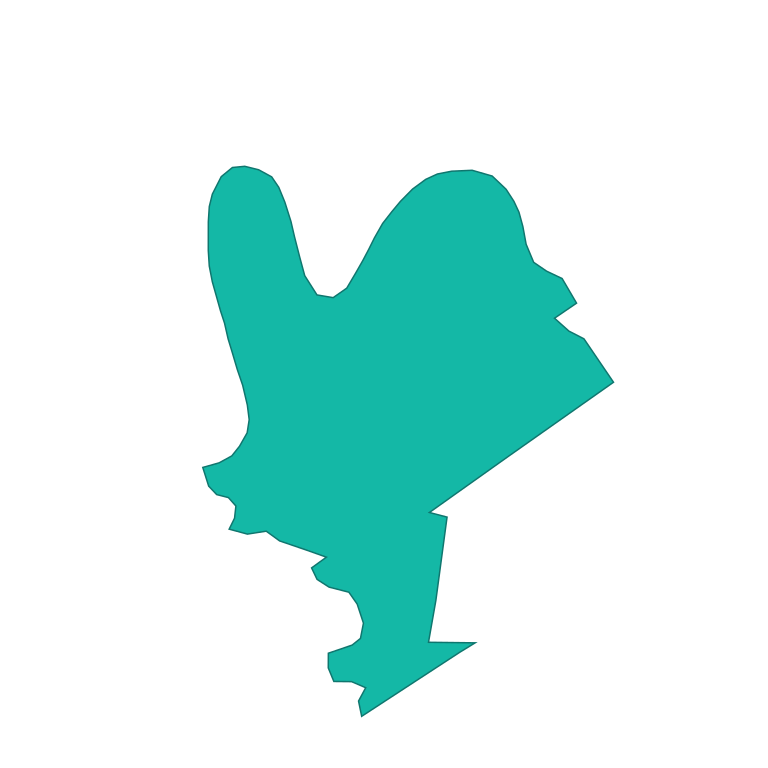 Mariano Moro, Rio Grande do Sul, Brazil, rotated 325°
{"feature_id": "56859067B96204382802981", "entity_name": "Mariano Moro", "entity_type": "district", "adm_level": 2, "iso_a3": "BRA", "parent_name": "Brazil", "parent_adm1": "Rio Grande do Sul", "projection": "orthographic", "projection_center": [-52.177, -27.34], "detail": "fine", "context": "isolated", "style": "filled", "palette": "teal", "viewbox_px": 768, "rotation_deg": 325, "n_neighbors": 0, "source": "geoboundaries", "source_scale": "gbopen_adm2", "svg_char_len": 1299}
<svg xmlns="http://www.w3.org/2000/svg" viewBox="0 0 768 768"><g transform="rotate(325 384 384)"><path d="M187.7,348.4L181.8,367.1L183.5,378.6L191.4,387.8L192.7,399.0L184.6,408.2L173.9,414.1L186.0,428.6L203.1,437.0L208.5,452.7L224.8,475.0L237.5,492.8L219.2,493.1L217.1,505.7L222.5,518.9L235.8,534.4L235.8,548.9L230.0,568.1L218.8,578.9L208.2,579.6L184.0,572.6L175.5,584.6L172.3,598.9L186.7,609.2L194.8,622.3L181.3,629.1L175.1,643.4L292.1,647.2L310.2,648.3L272.3,621.1L302.3,591.1L359.3,529.2L347.5,515.3L444.7,514.6L573.0,514.2L573.7,461.7L565.8,446.7L561.4,427.9L588.1,428.2L590.4,399.8L581.9,384.8L576.4,370.2L580.6,351.0L588.1,334.6L593.1,320.7L595.2,308.8L595.7,294.5L591.9,275.7L578.8,259.5L561.5,248.5L548.2,242.6L535.5,240.3L519.2,240.7L502.3,243.8L489.4,247.3L475.0,251.7L460.0,258.8L448.8,264.9L437.5,270.7L424.6,276.8L408.5,284.1L391.9,284.1L380.2,272.6L381.2,249.8L387.7,231.8L395.2,211.9L401.0,197.5L407.1,178.1L410.6,162.6L410.8,149.9L404.2,136.6L394.8,125.8L384.0,119.7L369.6,120.8L352.3,130.0L342.7,138.4L333.1,150.4L316.6,173.9L308.5,187.2L302.0,201.8L296.2,218.4L292.0,230.4L288.3,242.6L282.2,257.6L277.7,271.4L272.2,287.8L267.5,304.0L260.0,322.8L253.1,335.9L243.9,345.5L230.0,352.1L218.1,355.6L203.7,354.0L187.7,348.4Z" fill="#14b8a6" stroke="#0f766e" stroke-width="1.5"/></g></svg>